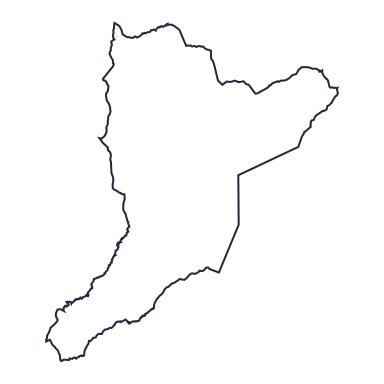 Tano South Municipal, Brong Ahafo, Ghana (Robinson projection)
{"feature_id": "2480657B7981851544250", "entity_name": "Tano South Municipal", "entity_type": "district", "adm_level": 2, "iso_a3": "GHA", "parent_name": "Ghana", "parent_adm1": "Brong Ahafo", "projection": "robinson", "projection_center": [-2.05, 7.161], "detail": "fine", "context": "isolated", "style": "outline", "palette": "slate", "viewbox_px": 384, "rotation_deg": 0, "n_neighbors": 0, "source": "geoboundaries", "source_scale": "gbopen_adm2", "svg_char_len": 5847}
<svg xmlns="http://www.w3.org/2000/svg" viewBox="0 0 384 384"><path d="M218.9,272.5L238.7,224.7L238.3,175.2L298.3,146.9L301.9,136.5L303.5,134.1L304.5,131.7L305.2,131.7L310.8,126.7L310.5,124.3L310.9,123.3L310.7,122.6L311.0,121.3L311.8,120.4L313.6,120.0L315.3,116.3L316.5,115.2L323.1,110.7L323.8,111.0L326.0,109.9L326.8,109.1L327.4,106.0L329.1,105.3L331.9,102.4L333.7,98.9L335.5,96.2L336.5,95.8L337.9,93.5L337.0,89.4L337.4,88.0L336.7,88.4L335.7,87.7L333.8,88.0L332.5,87.3L330.8,87.7L329.5,86.9L328.0,80.5L326.5,78.7L325.8,78.6L325.5,77.9L323.7,75.8L322.2,72.6L322.2,70.4L321.3,71.1L321.1,70.8L320.1,71.0L320.1,71.7L319.8,71.7L319.7,71.0L319.2,71.2L318.8,70.1L317.5,69.6L316.7,68.9L315.4,68.6L312.4,68.8L310.4,67.8L307.0,67.1L301.9,67.1L298.6,69.7L296.9,73.0L296.1,74.0L291.9,75.4L290.1,77.5L286.8,79.7L284.8,80.4L280.7,80.7L278.9,81.9L278.0,81.2L273.6,82.8L271.7,83.7L271.5,84.5L270.5,85.3L269.5,85.3L269.2,86.2L267.4,87.8L263.2,90.3L261.9,90.6L260.9,91.5L259.9,91.8L257.7,93.4L255.2,93.5L249.1,85.2L248.5,84.7L246.1,84.1L243.6,81.3L238.4,82.2L235.8,80.9L234.3,80.7L232.1,81.6L230.0,81.9L226.5,81.6L222.4,84.8L218.0,80.6L214.2,64.9L213.0,61.2L211.1,58.6L210.9,50.8L208.6,49.8L206.8,49.5L204.8,48.4L203.5,46.7L201.1,46.6L200.1,46.1L198.1,46.2L196.3,47.0L194.9,46.1L194.0,46.0L192.1,46.5L190.6,45.4L189.0,45.8L187.8,45.4L186.2,45.9L179.3,29.7L174.0,25.8L171.1,24.6L167.9,24.8L167.8,24.0L167.3,24.3L166.8,24.1L166.3,25.6L165.0,25.3L164.2,26.2L162.8,26.9L161.3,26.0L160.2,27.0L159.6,26.9L159.1,27.4L158.7,27.1L157.4,27.8L157.2,28.4L155.6,30.0L155.6,30.5L153.9,29.5L152.2,30.2L151.0,30.1L150.5,31.4L149.9,31.9L147.2,32.4L145.8,33.2L144.7,32.9L143.7,33.7L142.8,33.2L140.6,35.7L139.2,36.6L136.8,37.5L135.7,36.7L134.7,36.4L133.5,37.7L131.3,37.9L128.7,37.1L127.1,37.2L122.6,34.3L121.6,30.4L120.1,27.2L118.6,25.5L114.5,23.0L114.0,26.2L114.1,28.3L113.3,30.0L113.5,32.9L112.9,35.5L113.1,37.2L114.4,39.5L113.3,39.9L111.2,41.6L111.9,44.8L110.7,48.3L110.8,50.5L109.9,51.8L109.5,53.7L111.6,58.4L112.6,59.5L112.9,60.7L112.9,63.1L113.9,64.1L112.9,66.5L102.9,78.9L103.3,80.3L104.9,80.5L105.4,81.2L106.4,81.7L107.0,84.0L107.7,84.7L108.5,86.5L107.9,90.7L107.1,92.4L106.1,93.4L106.0,96.4L107.0,100.9L108.9,103.8L110.2,107.6L110.1,109.5L110.6,111.5L109.6,114.3L108.2,116.9L108.2,119.2L107.6,121.5L108.0,123.6L107.0,125.6L106.3,128.2L106.7,130.2L106.4,132.5L104.9,135.6L102.5,138.0L101.6,138.6L99.4,138.1L102.8,142.8L108.0,147.7L107.8,148.7L108.0,150.2L109.6,151.6L110.4,153.0L111.0,155.1L110.2,159.7L110.9,161.5L111.5,173.1L113.2,177.8L113.3,181.0L112.6,184.7L112.8,188.1L113.9,189.4L117.7,191.3L118.9,192.5L120.4,192.8L121.9,194.1L124.4,194.3L124.7,199.1L123.4,203.3L123.2,209.7L125.0,213.3L125.6,213.8L126.5,217.9L127.1,219.0L127.4,221.2L128.3,221.9L128.1,223.3L129.4,226.4L129.0,227.3L127.9,227.8L127.5,228.5L127.4,229.8L127.8,230.4L127.4,230.4L128.1,231.9L126.5,233.3L126.4,235.4L124.9,235.8L123.9,237.5L121.8,238.2L121.7,238.5L122.2,238.7L122.2,239.3L120.8,240.0L120.2,241.8L120.6,242.1L120.0,242.2L119.7,242.7L118.5,242.5L118.8,243.7L117.8,244.1L117.4,243.8L117.0,244.6L116.8,244.4L117.2,245.6L118.4,245.8L118.5,247.4L117.8,248.3L117.7,249.3L116.2,250.5L115.6,250.5L115.3,253.1L114.5,254.9L115.4,255.2L113.4,256.5L112.9,258.4L111.9,259.4L111.8,259.9L112.2,260.6L111.8,261.7L111.2,262.2L111.4,262.6L110.8,262.7L110.4,264.2L109.6,264.8L109.7,265.1L108.9,265.2L108.8,267.0L107.8,268.2L107.7,268.8L107.9,269.1L107.5,270.1L106.3,271.5L105.8,271.5L105.3,273.1L104.7,273.2L104.9,273.6L104.3,273.8L103.7,275.1L101.7,276.2L101.5,275.9L100.4,276.3L99.0,277.4L98.3,277.2L97.3,278.0L96.8,277.7L95.3,278.7L93.8,278.9L93.7,280.8L91.2,284.4L92.3,286.9L91.8,287.5L92.0,288.4L90.5,289.2L89.1,291.4L87.9,292.5L87.7,293.9L88.5,294.9L88.1,296.1L87.4,296.0L87.1,294.6L86.7,294.6L85.5,296.3L82.8,297.2L82.3,298.3L81.4,298.2L81.3,298.6L80.3,298.3L80.1,297.8L79.1,299.0L78.2,298.8L77.9,299.3L77.3,299.0L76.1,299.2L75.9,299.8L75.4,299.7L75.4,300.3L73.9,300.8L73.5,302.1L72.3,302.7L71.7,302.6L71.3,303.6L70.7,301.9L70.2,302.1L67.6,301.6L67.4,302.0L66.5,302.1L67.0,302.8L68.1,303.1L68.6,305.2L66.8,306.4L66.5,305.6L65.9,305.9L64.4,305.7L65.1,306.1L64.6,306.6L64.4,307.4L64.0,307.3L63.5,308.1L63.5,310.3L63.9,311.0L60.6,309.3L57.6,309.5L56.1,312.8L55.8,315.2L56.5,317.9L57.6,319.4L57.5,320.9L53.8,325.0L50.7,327.5L49.1,332.2L47.0,335.8L47.1,338.4L46.4,339.1L46.1,340.3L46.2,341.5L50.0,339.8L52.6,345.1L54.3,346.3L55.2,347.7L58.2,351.0L58.6,352.8L59.8,354.7L60.2,359.2L60.9,360.9L61.9,361.0L62.2,360.3L63.3,360.1L63.7,359.6L69.0,360.0L69.5,358.4L72.2,358.9L72.9,358.2L74.5,357.5L75.9,358.5L76.0,358.0L78.9,357.0L79.4,356.1L80.3,356.0L80.7,355.6L82.4,355.6L82.4,356.1L83.5,355.9L84.2,355.2L84.3,351.5L85.2,349.9L85.4,348.5L86.2,347.8L87.1,345.5L88.3,344.1L89.0,340.9L90.1,341.2L92.4,339.2L93.2,337.8L95.7,337.5L96.5,335.8L98.4,333.8L101.8,334.0L102.8,331.8L104.5,329.8L108.3,328.9L109.3,328.0L111.2,327.9L112.2,327.4L113.8,325.7L113.8,325.2L114.8,324.7L115.2,323.3L116.9,321.8L118.3,321.8L119.0,321.4L120.1,321.8L120.4,321.5L120.9,322.0L125.6,319.6L127.0,320.9L127.3,321.7L128.8,321.9L128.5,322.7L129.4,322.9L129.3,323.6L129.6,323.6L132.7,321.3L134.9,321.7L136.0,321.0L136.9,321.5L139.4,320.5L139.5,319.4L140.7,318.1L140.7,317.4L141.5,316.8L141.9,317.1L142.3,316.8L142.6,315.7L143.2,316.1L144.8,315.8L144.7,315.2L145.1,314.8L144.8,314.7L145.4,313.8L147.7,312.8L148.0,312.1L149.3,311.4L150.2,310.2L150.9,310.1L151.1,309.5L152.2,308.7L152.6,308.9L153.0,308.4L153.5,308.7L154.0,307.5L154.1,304.8L154.9,302.7L157.1,298.5L157.6,298.4L159.5,295.9L161.7,294.2L163.0,292.7L164.0,291.0L164.4,289.6L166.9,287.2L168.0,287.0L169.6,285.7L171.7,283.6L174.1,282.9L180.1,278.9L181.9,279.6L184.5,279.8L186.5,278.2L190.1,274.2L192.0,273.4L195.2,273.8L198.6,272.0L199.5,270.6L201.9,271.2L202.9,270.9L204.8,269.4L206.3,267.5L208.4,267.7L209.7,269.1L218.9,272.5Z" fill="none" stroke="#1e293b" stroke-width="2"/></svg>